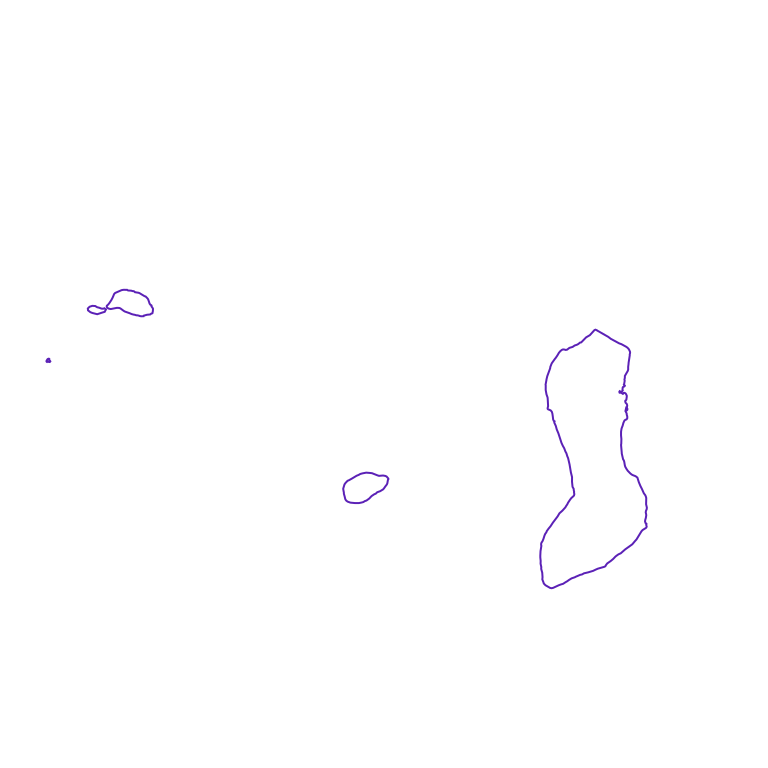 Makimae, Shefa, Vanuatu, rotated 122°
{"feature_id": "77236927B14255204108964", "entity_name": "Makimae", "entity_type": "district", "adm_level": 2, "iso_a3": "VUT", "parent_name": "Vanuatu", "parent_adm1": "Shefa", "projection": "orthographic", "projection_center": [168.399, -17.15], "detail": "fine", "context": "isolated", "style": "outline", "palette": "violet", "viewbox_px": 768, "rotation_deg": 122, "n_neighbors": 0, "source": "geoboundaries", "source_scale": "gbopen_adm2", "svg_char_len": 5405}
<svg xmlns="http://www.w3.org/2000/svg" viewBox="0 0 768 768"><g transform="rotate(122 384 384)"><path d="M437.5,165.2L437.8,164.8L442.8,162.7L446.9,160.4L448.3,159.5L451.0,157.4L453.4,156.0L455.9,153.6L457.5,152.7L460.2,149.8L463.8,147.2L465.8,146.2L468.0,143.3L468.5,142.8L469.1,140.4L468.9,135.0L468.4,133.7L467.2,132.5L462.0,129.1L460.3,127.8L458.5,126.2L456.7,125.4L455.9,125.0L455.3,124.7L454.2,124.1L452.2,123.3L449.4,121.9L446.7,119.7L445.9,119.3L443.5,117.6L442.0,116.6L440.5,115.1L438.6,114.1L435.6,111.1L431.6,107.6L429.5,106.3L427.3,104.8L422.4,100.4L421.3,99.7L419.8,99.8L417.8,99.6L416.7,99.1L413.9,97.9L410.8,96.9L407.8,96.3L406.6,95.9L404.2,94.9L402.1,93.5L396.4,91.8L388.4,88.5L384.2,87.9L382.0,87.5L372.4,87.6L370.8,87.3L367.3,85.6L366.6,85.5L365.7,85.7L364.4,87.1L363.6,87.2L363.4,87.6L363.3,88.6L362.1,89.9L360.6,90.5L358.8,91.0L356.4,92.0L355.4,92.8L354.2,94.0L352.8,94.6L350.9,94.9L349.5,95.6L347.1,98.0L341.7,101.2L340.6,102.4L339.8,103.6L339.0,105.7L336.3,109.7L334.6,112.5L332.2,115.9L329.1,119.5L328.9,121.4L328.9,121.9L329.5,125.1L329.5,126.2L329.3,127.8L328.4,131.4L327.4,133.6L326.3,135.6L325.2,136.8L322.7,139.0L321.8,140.0L321.1,141.4L317.0,145.5L316.1,146.1L310.3,150.5L309.4,151.0L309.0,151.1L304.9,153.5L301.9,155.8L298.8,157.7L296.0,158.9L294.7,159.2L293.0,159.5L290.0,160.4L287.6,160.7L286.4,160.3L285.6,159.6L284.7,159.5L284.0,159.6L282.5,160.6L281.4,161.9L280.4,162.6L279.0,164.9L277.3,165.5L277.9,164.7L277.7,164.1L277.0,164.0L276.2,164.3L275.5,165.4L273.3,166.4L273.0,166.7L272.2,167.7L271.9,169.1L271.1,170.1L270.2,170.5L269.7,170.2L268.8,170.2L266.8,171.1L266.5,171.2L265.4,171.8L264.4,173.2L264.0,174.2L264.0,175.2L264.5,176.0L265.7,176.1L265.8,176.2L265.7,178.2L266.3,179.2L266.5,179.4L266.5,179.7L265.9,180.3L265.2,180.3L265.2,180.2L265.0,178.8L264.6,178.3L262.8,178.2L262.5,178.7L260.5,179.7L259.9,179.7L258.7,178.9L257.9,178.8L257.7,178.9L257.6,180.0L257.4,180.3L256.6,180.4L253.7,181.6L252.9,182.4L251.2,183.0L249.5,184.0L243.8,184.2L242.3,184.6L240.1,186.0L237.5,187.2L236.4,187.8L229.4,190.8L228.7,191.3L227.7,191.6L226.7,192.1L226.1,192.7L224.8,194.7L224.2,196.7L224.1,198.5L224.4,203.8L224.9,206.0L225.5,215.6L225.2,218.8L225.7,231.7L225.6,231.9L225.9,233.5L226.8,234.1L233.5,235.3L237.3,237.3L244.2,238.8L245.0,239.7L247.1,240.4L248.5,241.2L250.3,242.7L252.6,243.7L255.1,245.9L257.8,246.9L258.1,247.2L258.8,247.9L259.2,249.3L259.8,250.5L260.9,251.3L262.8,251.9L264.9,252.2L267.7,252.1L270.7,252.2L272.3,252.4L277.3,252.7L278.3,252.6L281.4,252.0L282.7,251.4L290.8,249.7L294.1,248.6L294.4,248.4L294.7,248.3L299.0,246.6L299.5,246.1L303.4,243.7L306.7,240.7L308.7,238.2L309.7,237.4L315.8,233.1L317.9,232.4L318.4,231.9L318.5,231.2L318.2,229.7L318.1,228.5L318.6,227.0L319.8,225.6L321.9,223.8L324.5,221.7L325.3,220.5L325.2,219.6L325.3,219.5L326.1,219.4L326.6,219.0L328.5,216.1L331.0,213.4L333.4,210.0L337.5,205.1L339.8,202.4L341.6,199.7L343.0,197.1L345.1,194.4L346.1,192.6L348.2,190.2L349.3,188.6L353.9,184.0L360.0,178.6L363.3,175.2L367.2,172.8L370.8,170.0L371.3,169.6L372.4,167.6L373.4,166.9L374.6,165.7L375.1,165.5L376.6,164.2L377.8,163.8L378.2,163.8L380.1,164.3L381.5,164.7L383.4,164.9L387.2,165.0L388.9,164.8L391.4,164.9L392.4,164.8L396.9,165.6L400.7,166.7L404.3,166.6L412.0,167.3L416.4,167.4L419.4,167.8L422.6,168.0L423.9,167.7L425.5,167.9L426.3,167.7L427.0,167.7L430.9,166.7L433.2,166.3L434.1,166.3L434.9,166.4L436.1,166.1L437.3,165.4L437.5,165.2ZM496.2,361.6L497.1,360.7L498.4,359.8L500.2,357.8L502.0,356.0L502.5,355.2L502.9,354.2L503.0,353.1L503.0,352.3L502.4,349.6L500.4,345.6L498.2,342.1L496.3,340.1L495.0,338.9L493.6,338.3L492.1,337.1L488.9,335.8L486.8,335.4L485.5,335.1L484.4,334.6L482.6,333.8L481.4,332.9L479.4,332.4L477.0,330.5L473.8,328.9L472.4,328.7L470.1,328.6L468.4,328.4L467.4,328.4L466.6,328.5L463.1,329.9L462.6,329.8L462.2,330.0L461.9,330.2L461.1,332.7L461.2,334.0L462.1,336.3L464.5,339.5L464.7,340.1L465.0,341.5L466.0,346.9L466.9,348.8L468.6,352.1L471.1,354.8L472.8,356.4L474.5,357.3L476.3,358.6L481.6,361.3L483.2,362.2L484.0,362.6L485.4,363.6L488.3,364.2L490.1,364.3L494.1,363.2L494.6,363.0L495.7,362.0L496.2,361.6ZM440.7,652.4L442.0,654.6L442.9,655.7L443.5,656.3L449.2,660.2L450.4,660.5L451.0,660.5L452.7,660.2L454.7,659.9L457.4,659.7L461.0,659.8L462.7,660.0L464.5,660.5L465.0,660.4L465.8,659.5L466.0,659.0L466.0,658.0L465.8,656.9L465.2,655.4L460.9,650.8L459.9,649.0L459.7,648.5L459.6,647.3L459.9,643.7L459.9,642.3L458.8,637.4L458.4,634.9L457.8,633.0L457.4,632.1L457.0,630.5L456.4,629.4L455.9,628.0L455.9,627.5L455.3,625.9L453.9,623.8L453.3,623.9L450.9,621.7L448.9,619.1L447.7,618.7L446.9,618.0L446.7,617.9L445.0,618.5L444.2,618.9L442.7,619.7L442.3,620.2L441.4,622.3L441.0,622.4L440.6,622.8L440.5,623.2L440.6,624.0L440.2,625.1L439.5,626.1L439.0,626.6L437.1,629.0L436.6,630.4L436.1,632.6L436.4,633.5L436.5,639.5L436.7,640.5L438.1,643.8L438.0,644.1L437.9,644.9L437.9,645.4L438.5,646.6L438.8,647.8L440.3,650.6L440.3,651.9L440.7,652.4ZM478.4,674.0L478.7,671.1L478.3,668.9L477.3,665.8L476.8,664.2L474.8,662.5L473.2,661.2L470.8,659.1L468.2,659.3L467.9,661.2L469.0,662.1L469.8,663.6L470.2,665.8L470.9,668.0L470.9,670.2L472.3,672.8L474.5,674.6L476.9,675.2L478.4,674.0ZM541.2,679.9L540.9,680.8L540.1,681.2L540.1,681.5L540.3,681.9L541.0,682.4L541.4,682.5L542.8,682.5L543.4,682.4L543.7,682.2L543.9,681.8L543.9,681.4L543.4,681.2L543.0,680.8L542.9,679.9L542.5,679.1L541.6,679.0L541.2,679.9Z" fill="none" stroke="#5b21b6" stroke-width="2"/></g></svg>